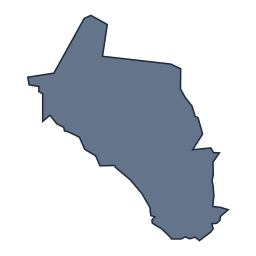 the district of Shafirkan, Bukhoro, Uzbekistan
{"feature_id": "79887680B37320061840085", "entity_name": "Shafirkan", "entity_type": "district", "adm_level": 2, "iso_a3": "UZB", "parent_name": "Uzbekistan", "parent_adm1": "Bukhoro", "projection": "natural_earth1", "projection_center": [64.292, 40.455], "detail": "fine", "context": "isolated", "style": "filled", "palette": "slate", "viewbox_px": 256, "rotation_deg": 0, "n_neighbors": 0, "source": "geoboundaries", "source_scale": "gbopen_adm2", "svg_char_len": 892}
<svg xmlns="http://www.w3.org/2000/svg" viewBox="0 0 256 256"><path d="M170.8,64.1L102.5,56.3L107.3,24.5L90.9,15.4L84.2,18.4L53.9,73.1L27.8,77.2L29.1,84.9L38.9,86.5L38.7,91.4L42.7,93.8L42.7,121.4L50.0,115.3L56.9,123.9L63.7,127.3L64.5,131.0L67.5,131.5L79.4,137.2L84.7,149.3L95.6,155.8L100.0,165.8L114.8,165.5L115.4,167.3L130.3,179.9L141.8,193.5L149.9,207.5L150.8,215.6L154.8,216.7L151.9,220.1L152.2,223.0L155.2,225.1L161.6,228.8L169.2,236.1L171.7,239.0L181.1,239.0L185.1,236.9L189.7,238.8L195.1,237.2L199.4,240.6L205.9,235.7L210.5,232.3L213.2,228.8L211.8,223.8L216.7,223.3L219.9,220.5L220.4,216.5L228.2,209.7L220.4,207.3L212.8,206.5L213.9,195.7L213.0,185.0L212.0,180.5L213.3,175.2L213.0,162.1L219.4,152.9L213.5,152.6L210.8,147.9L192.7,149.7L202.6,134.0L198.0,117.7L195.2,116.3L192.0,106.1L185.2,97.4L180.5,89.0L180.7,68.8L170.8,64.1Z" fill="#64748b" stroke="#1e293b" stroke-width="1.5"/></svg>